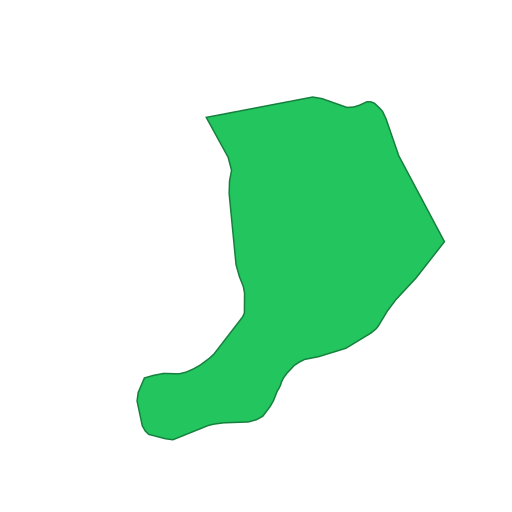 the border of Nonthaburi, rotated 243°
{"feature_id": "THA-417", "entity_name": "Nonthaburi", "entity_type": "Province", "adm_level": 1, "iso_a3": "THA", "parent_name": "Thailand", "parent_adm1": "", "projection": "mercator", "projection_center": [100.359, 13.966], "detail": "fine", "context": "isolated", "style": "filled", "palette": "green", "viewbox_px": 512, "rotation_deg": 243, "n_neighbors": 0, "source": "natural_earth", "source_scale": "10m", "svg_char_len": 955}
<svg xmlns="http://www.w3.org/2000/svg" viewBox="0 0 512 512"><g transform="rotate(243 256 256)"><path d="M156.3,77.6L180.8,84.2L187.8,89.0L198.0,101.2L196.2,110.4L193.3,120.4L185.9,134.0L184.3,140.7L183.8,148.6L184.1,156.4L186.0,167.8L187.8,174.2L207.9,216.6L210.5,219.8L228.2,229.0L234.8,230.9L245.4,231.9L257.4,234.3L323.8,260.4L334.9,266.5L343.4,273.1L356.6,276.0L402.1,274.6L371.9,378.7L366.3,386.2L347.0,404.6L344.4,410.7L343.4,416.5L343.1,424.7L341.1,428.5L338.1,431.0L331.0,433.5L327.2,434.4L319.0,434.1L280.5,428.7L183.2,430.4L163.7,388.5L153.6,360.8L147.3,348.0L138.1,333.2L136.6,329.9L135.2,323.7L133.0,294.3L137.9,266.0L141.8,252.3L141.8,246.8L141.2,240.5L137.5,230.4L134.9,225.2L132.4,221.8L130.0,219.4L127.6,216.3L125.9,213.5L119.1,205.8L115.4,200.1L110.2,189.4L109.9,182.1L111.6,173.9L122.1,151.3L125.4,141.9L126.7,136.3L130.0,98.5L134.5,92.1L145.7,79.5L150.2,77.9L156.3,77.6Z" fill="#22c55e" stroke="#15803d" stroke-width="1.5"/></g></svg>